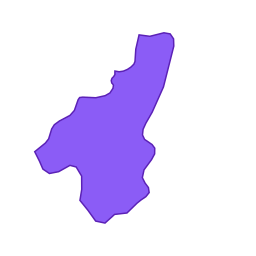 map outline of Noumbiel (Albers equal-area conic projection), rotated 231°
{"feature_id": "BFA-5989", "entity_name": "Noumbiel", "entity_type": "Province", "adm_level": 1, "iso_a3": "BFA", "parent_name": "Burkina Faso", "parent_adm1": "", "projection": "albers", "projection_center": [-2.901, 9.751], "detail": "fine", "context": "isolated", "style": "filled", "palette": "violet", "viewbox_px": 256, "rotation_deg": 231, "n_neighbors": 0, "source": "natural_earth", "source_scale": "10m", "svg_char_len": 970}
<svg xmlns="http://www.w3.org/2000/svg" viewBox="0 0 256 256"><g transform="rotate(231 128 128)"><path d="M100.0,136.3L95.5,136.1L91.1,132.4L88.6,126.4L85.4,114.1L80.4,107.9L74.5,106.6L68.9,106.4L64.5,103.8L63.4,98.7L63.9,92.7L63.9,87.7L62.6,73.7L69.3,63.2L68.6,50.3L76.0,44.3L89.4,45.1L102.0,45.1L109.4,53.4L119.8,61.7L130.3,63.2L135.5,59.4L137.7,46.6L142.1,38.3L149.6,36.0L157.8,38.3L168.3,40.6L168.3,54.3L169.5,59.5L175.3,68.1L176.9,72.8L176.6,79.3L174.3,90.9L175.4,97.4L181.4,107.1L182.1,109.6L180.5,112.2L171.8,122.0L167.5,130.6L166.6,136.0L168.3,141.3L170.4,143.6L171.8,143.8L173.2,143.7L175.4,144.8L176.7,146.8L177.0,149.2L177.8,151.5L179.7,153.0L180.5,153.7L177.3,156.5L175.1,160.2L173.9,164.4L173.5,168.5L173.9,172.7L175.3,175.3L184.3,183.6L193.4,195.2L185.5,202.7L179.4,215.8L174.6,220.0L168.6,219.5L162.8,215.1L137.6,181.4L125.1,156.8L120.5,144.9L117.5,138.9L113.5,134.9L108.7,133.7L100.0,136.3Z" fill="#8b5cf6" stroke="#5b21b6" stroke-width="1.5"/></g></svg>